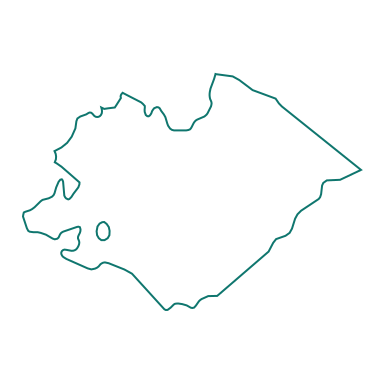 map outline of Pesaro e Urbino (Natural Earth projection)
{"feature_id": "ITA-5428", "entity_name": "Pesaro e Urbino", "entity_type": "Province", "adm_level": 1, "iso_a3": "ITA", "parent_name": "Italy", "parent_adm1": "", "projection": "natural_earth1", "projection_center": [12.507, 43.701], "detail": "fine", "context": "isolated", "style": "outline", "palette": "teal", "viewbox_px": 384, "rotation_deg": 0, "n_neighbors": 0, "source": "natural_earth", "source_scale": "10m", "svg_char_len": 2843}
<svg xmlns="http://www.w3.org/2000/svg" viewBox="0 0 384 384"><path d="M120.8,95.4L121.4,94.2L122.2,93.3L122.6,92.8L127.2,95.2L141.2,102.4L142.9,103.9L144.8,106.0L144.8,107.7L144.6,109.7L144.7,111.9L145.8,115.0L147.3,116.2L148.7,116.3L149.9,115.4L150.8,114.2L151.5,112.9L152.0,111.3L153.0,109.7L154.2,108.2L156.9,107.1L158.5,107.4L159.7,108.3L161.2,110.9L163.9,114.5L165.4,117.2L167.3,123.6L168.1,125.7L170.1,128.6L172.0,129.9L174.0,130.4L186.2,130.4L188.4,130.0L190.1,129.3L191.0,128.2L191.8,126.8L193.2,124.0L193.9,122.7L194.8,121.5L195.9,120.4L197.2,119.6L204.4,116.5L205.6,115.5L206.7,114.5L207.6,113.2L211.0,106.4L211.4,104.8L211.6,103.2L211.3,101.7L210.1,98.9L209.8,97.4L209.6,95.7L209.6,93.9L209.8,92.0L210.5,88.6L214.1,78.9L215.4,74.5L215.5,74.0L216.2,74.2L232.7,76.4L239.2,80.0L252.6,90.1L275.6,98.6L278.9,103.4L281.9,106.5L361.0,169.9L340.1,179.8L326.8,180.4L323.3,182.9L322.1,185.5L321.1,194.2L320.1,197.2L318.7,199.0L301.1,210.7L297.5,214.3L295.1,218.7L292.0,228.6L289.6,232.9L285.5,235.8L276.1,239.1L273.2,242.8L268.6,251.6L217.2,295.9L208.2,296.1L201.5,299.1L199.9,300.3L198.9,301.3L195.9,305.6L194.1,307.6L192.3,308.0L190.8,307.7L186.7,305.4L182.2,304.1L178.2,303.5L176.1,303.6L174.7,303.9L173.7,304.6L170.7,307.6L167.6,309.9L165.8,310.0L164.4,309.3L132.0,273.7L124.4,269.5L108.6,263.2L104.9,262.4L103.1,262.7L101.7,263.4L100.5,264.2L98.6,266.5L97.0,267.7L95.1,268.6L91.4,269.4L87.7,268.4L66.5,259.0L63.9,257.4L62.7,256.5L61.9,255.3L61.3,253.9L61.3,252.4L61.9,251.1L63.0,250.1L64.4,249.6L66.1,249.8L71.5,250.8L73.3,250.7L74.8,250.2L76.1,249.4L77.1,248.3L77.9,247.0L78.6,245.6L79.1,244.1L79.3,242.6L79.1,241.1L78.0,238.5L78.0,237.0L78.5,235.6L79.9,232.8L80.4,231.1L80.5,229.3L79.9,227.2L78.5,226.7L77.1,226.9L63.3,231.6L62.0,232.3L60.8,233.3L60.0,234.5L58.6,237.5L57.3,238.7L54.8,239.3L52.7,238.6L46.0,234.7L40.8,232.9L37.7,232.2L33.4,232.2L29.7,231.7L28.3,230.9L26.9,228.3L23.0,216.5L23.3,214.6L23.8,212.5L25.2,211.8L29.9,210.3L32.1,209.1L34.5,207.3L40.6,201.3L42.5,199.9L48.7,198.3L52.0,196.7L53.6,195.1L54.5,193.3L56.2,187.4L58.6,181.8L60.3,179.7L61.8,179.3L62.6,180.3L63.1,181.8L64.3,195.6L65.1,197.2L66.1,198.4L68.2,199.4L69.4,199.0L71.4,197.0L73.5,193.7L78.3,187.4L79.4,184.4L79.5,182.4L61.6,166.8L56.6,163.3L54.8,162.3L55.9,159.3L56.1,156.6L55.7,153.9L54.5,151.1L61.4,147.5L67.1,142.9L71.7,136.7L75.4,128.4L76.4,121.2L77.4,118.5L80.3,116.5L86.2,114.4L88.6,112.9L89.8,112.5L91.1,112.7L92.3,113.6L94.4,116.0L95.8,116.8L97.2,117.0L98.6,116.8L99.9,116.1L101.0,114.9L101.8,113.2L102.0,111.3L101.8,109.4L101.3,107.5L104.2,108.9L108.2,108.3L114.8,107.5L116.2,105.4L120.9,98.0L120.6,96.7L120.8,95.4ZM101.3,240.1L104.6,240.1L107.7,238.2L109.4,235.2L109.6,230.9L108.8,227.1L106.7,224.0L104.2,222.0L102.2,222.2L99.6,223.6L97.5,226.5L96.6,231.3L97.1,235.2L98.8,238.2L101.3,240.1Z" fill="none" stroke="#0f766e" stroke-width="2"/></svg>